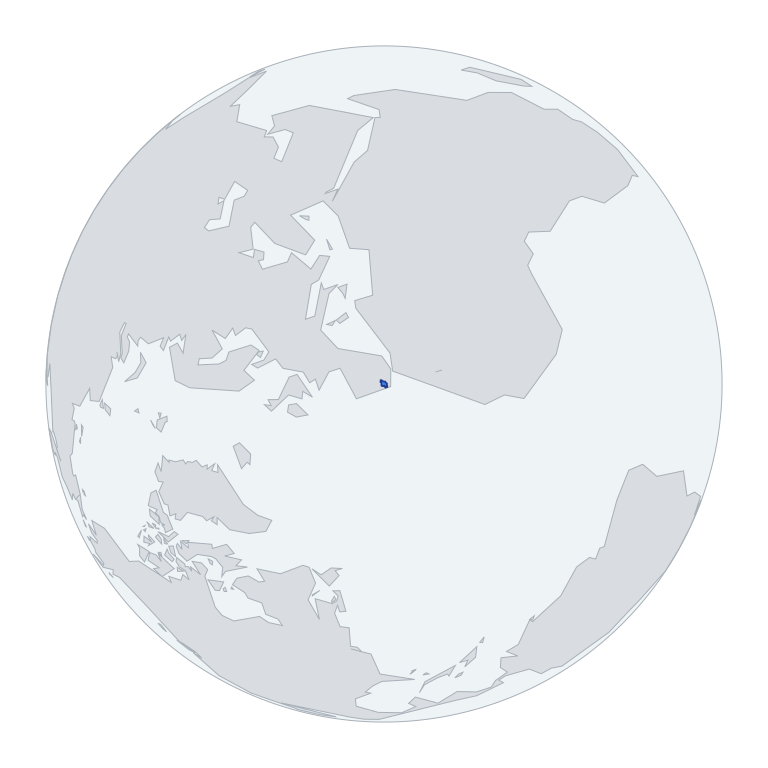 the Earth from above Beja, rotated 253°
{"feature_id": "PRT-743", "entity_name": "Beja", "entity_type": "District", "adm_level": 1, "iso_a3": "PRT", "parent_name": "Portugal", "parent_adm1": "", "projection": "orthographic", "projection_center": [-7.969, 37.829], "detail": "fine", "context": "on_globe", "style": "filled", "palette": "blue", "viewbox_px": 768, "rotation_deg": 253, "n_neighbors": 0, "source": "natural_earth", "source_scale": "10m", "svg_char_len": 11345}
<svg xmlns="http://www.w3.org/2000/svg" viewBox="0 0 768 768"><g transform="rotate(253 384 384)"><circle cx="384" cy="384" r="338" fill="#eef3f6" stroke="#a8b0b8"/><path d="M123.1,598.7L102.7,565.2L95.4,551.9L80.8,526.5L62.2,471.8L63.3,461.0L61.0,449.6L68.9,439.6L69.4,414.8L67.3,407.2L63.5,410.9L58.8,381.5L60.6,359.3L64.7,281.3L69.1,267.4L75.5,253.9L109.1,192.4L79.6,241.1L86.5,226.1L98.1,205.9L99.0,205.6L116.7,181.0L127.3,166.7L153.3,141.0L182.8,123.0L174.9,129.7L182.9,125.4L193.3,117.0L198.2,112.7L239.8,92.8L276.4,74.5L281.5,69.2L285.5,70.8L290.8,61.9L306.6,56.1L292.7,62.7L294.3,63.6L307.0,59.2L311.4,59.3L320.0,57.5L324.1,58.3L315.7,63.1L318.2,64.0L327.0,60.9L336.7,60.5L323.4,64.7L338.9,64.7L327.7,74.5L288.8,88.5L286.4,97.6L256.4,122.5L262.9,122.0L255.7,132.4L260.6,135.9L253.6,140.4L263.5,139.5L269.0,134.9L275.1,133.2L278.5,135.1L270.2,140.8L267.3,140.6L266.6,143.4L261.1,145.5L265.7,145.6L255.3,152.8L270.5,148.7L266.3,157.1L258.0,161.1L252.6,156.5L220.0,157.3L210.0,161.5L201.3,171.1L198.1,197.0L189.6,203.9L182.7,216.2L190.2,213.9L198.3,203.6L210.5,203.1L219.0,191.4L225.2,189.9L236.4,180.4L241.3,186.6L240.1,198.1L231.1,206.6L230.3,212.2L244.4,208.5L232.8,229.6L234.3,253.4L230.6,258.8L213.6,260.3L199.8,248.3L177.7,253.4L198.8,255.4L189.1,270.3L190.3,275.4L194.8,278.1L201.1,274.7L199.2,281.4L177.7,281.1L179.1,275.0L185.9,274.9L179.3,269.7L164.8,271.1L161.0,279.4L143.0,275.3L140.1,281.4L134.5,284.5L140.4,274.7L129.5,292.6L107.8,295.4L92.5,327.0L100.2,295.0L98.5,284.8L94.9,276.0L92.2,280.9L91.3,264.6L84.0,263.2L71.7,282.4L64.4,304.9L66.3,320.1L71.4,314.2L75.4,322.5L63.0,342.3L68.5,364.0L62.5,382.4L62.8,397.9L67.8,403.9L72.4,417.8L78.9,412.4L88.0,415.9L84.8,432.5L92.4,423.0L95.7,436.3L115.7,454.3L113.3,456.7L129.7,491.0L152.7,514.7L158.0,529.8L154.7,535.2L163.9,542.3L164.1,547.1L205.1,572.9L229.9,592.8L231.6,607.9L215.9,617.9L213.4,645.0L188.3,641.0L189.8,649.5L184.0,653.9L167.7,642.4L180.6,653.4L178.3,652.1L177.7,651.7L158.2,635.4L140.0,617.7L123.1,598.7ZM87.3,336.1L94.0,369.9L85.7,360.7L88.1,360.1L87.4,349.3L84.5,334.6L78.5,327.7L87.3,336.1ZM100.3,328.4L98.8,323.9L100.9,327.1L100.3,328.4ZM199.7,110.9L193.0,116.9L182.0,124.9L187.0,119.7L199.7,110.9ZM221.3,97.9L219.4,100.2L210.6,103.6L214.4,101.1L221.3,97.9ZM284.2,65.8L278.0,68.6L282.5,66.0L284.2,65.8ZM320.5,57.1L320.9,56.5L325.2,55.9L320.5,57.1ZM232.9,177.7L234.5,179.0L231.6,180.1L232.9,177.7ZM236.1,172.6L231.5,172.9L232.3,170.5L235.2,170.3L236.1,172.6ZM335.4,56.9L342.3,56.6L333.9,57.7L335.4,56.9ZM241.6,172.8L234.5,166.3L236.1,162.3L248.2,158.5L241.6,172.8ZM345.3,57.0L361.9,57.1L364.2,55.3L367.2,61.2L352.0,58.7L341.3,60.0L346.6,58.2L345.3,57.0ZM269.2,132.7L263.6,137.6L265.2,131.8L269.2,132.7ZM268.7,129.4L264.8,115.5L274.8,109.7L274.0,115.2L284.5,106.8L291.3,110.7L287.1,116.2L279.3,119.1L287.9,118.5L268.7,129.4ZM366.2,64.8L368.9,65.9L364.4,65.8L366.2,64.8ZM277.7,132.1L276.0,129.5L284.6,124.2L289.5,128.3L285.1,128.7L277.7,132.1ZM283.9,103.0L291.1,100.1L298.6,102.3L302.5,101.6L292.4,110.4L283.9,103.0ZM284.9,130.9L291.8,130.7L290.8,135.1L279.9,134.3L284.9,130.9ZM284.7,121.2L289.0,118.9L288.2,121.5L284.7,121.2ZM291.3,151.6L289.1,148.2L293.3,145.0L291.3,151.6ZM294.4,130.3L294.7,128.9L296.1,127.4L300.4,128.2L294.4,130.3ZM298.4,111.6L300.0,113.3L302.9,108.1L308.6,110.0L300.8,115.6L306.6,114.0L308.4,114.6L300.0,118.6L298.4,111.6ZM308.9,124.8L301.0,133.3L304.2,140.2L300.5,143.1L296.0,131.6L308.9,124.8ZM304.4,120.7L306.4,123.8L300.8,125.6L296.0,124.6L304.4,120.7ZM315.3,109.4L308.5,105.0L310.4,104.0L315.3,109.4ZM311.0,126.3L312.8,124.3L311.8,126.6L311.0,126.3ZM315.2,114.1L312.6,112.5L314.8,111.4L315.2,114.1ZM318.8,121.7L316.2,124.3L312.9,123.6L318.8,121.7ZM318.0,117.9L321.8,116.7L313.2,121.7L316.5,117.3L318.0,117.9ZM317.8,113.2L318.3,112.1L318.6,114.1L317.8,113.2ZM332.9,123.2L322.9,129.8L315.5,128.0L326.3,121.8L332.9,123.2ZM439.8,50.7L435.4,51.6L404.5,52.4L418.3,51.9L419.2,53.2L426.7,54.0L436.1,54.0L434.6,53.2L470.5,62.6L501.2,70.4L489.2,64.9L489.5,63.8L510.9,70.8L537.7,83.1L563.4,97.6L587.7,114.4L580.6,109.3L595.8,120.9L598.3,122.7L617.1,139.3L634.6,157.3L650.7,176.5L665.4,196.8L678.5,218.2L689.9,240.5L699.7,263.6L701.5,268.3L697.6,258.7L691.4,249.6L697.2,269.6L708.8,316.8L716.2,343.7L717.6,363.1L705.3,339.9L694.5,318.3L693.3,327.7L677.9,319.9L660.7,345.9L655.3,341.7L652.7,350.1L641.4,352.3L632.0,344.7L626.5,351.2L650.7,370.7L656.3,363.8L656.8,345.8L662.8,354.8L673.4,355.2L672.2,394.1L641.9,451.6L634.1,432.9L585.9,393.1L584.6,385.4L584.2,384.7L583.3,383.5L583.9,396.8L573.9,388.1L604.9,420.3L612.2,436.6L641.5,453.3L640.0,458.3L647.9,459.5L667.5,432.6L668.7,439.6L662.4,480.8L631.0,546.2L632.4,568.9L625.5,591.1L599.9,617.5L596.0,630.5L581.9,641.7L577.0,649.4L562.2,661.8L539.7,676.0L508.1,687.5L510.9,682.4L502.4,675.2L492.6,647.6L505.7,628.1L504.9,614.8L481.5,587.6L487.0,566.8L479.5,559.9L464.8,564.8L455.5,556.1L446.1,557.4L384.0,570.4L362.1,557.4L329.2,513.7L338.3,496.0L334.9,474.5L393.8,396.1L411.9,398.8L464.7,379.2L472.3,380.4L472.2,399.1L516.8,408.9L523.9,390.8L558.1,389.3L576.9,379.3L572.8,344.0L541.8,359.8L530.4,346.8L550.3,320.7L576.4,307.7L572.8,302.3L551.2,298.3L552.0,283.7L543.1,296.0L550.6,299.6L545.2,307.8L538.1,305.1L538.6,299.8L529.3,301.3L529.0,327.4L536.6,333.9L515.3,347.7L525.8,360.1L521.9,369.4L502.6,352.0L500.5,343.6L468.9,327.8L469.2,337.7L499.0,353.6L492.0,354.0L492.6,368.9L486.7,357.9L454.1,339.2L431.4,350.3L411.5,390.0L396.4,394.9L379.6,389.6L377.9,353.3L411.9,346.6L411.7,334.9L397.1,320.1L408.7,319.8L406.9,313.3L419.0,310.3L428.5,292.0L439.7,287.7L436.2,267.8L441.4,263.2L442.0,276.1L448.4,283.3L475.2,273.7L478.2,268.1L473.8,256.2L481.7,255.7L473.9,245.5L485.8,235.4L464.9,239.6L459.1,227.1L462.2,214.7L456.6,211.7L451.4,232.1L452.7,239.8L459.9,245.0L460.2,268.2L452.6,274.4L438.0,254.0L425.5,261.2L419.6,243.3L437.2,197.1L448.3,185.3L481.8,189.6L483.5,198.4L472.2,200.9L489.3,209.0L484.7,203.3L491.3,203.2L487.4,192.4L491.9,191.9L480.5,182.8L485.6,181.0L492.7,186.8L491.3,170.5L499.9,164.9L497.4,161.6L492.3,159.6L506.6,154.4L504.1,152.3L498.5,153.0L489.9,149.4L480.4,141.4L485.9,140.0L490.0,142.7L507.0,146.9L517.3,155.1L518.6,153.8L510.9,146.5L490.2,141.2L482.9,136.8L492.6,138.0L488.5,137.2L486.6,134.7L489.8,131.1L479.1,129.4L450.6,106.5L454.0,98.3L465.8,101.2L451.7,86.6L456.6,80.3L451.4,80.7L441.1,75.2L439.4,77.0L436.2,76.9L409.0,65.7L406.8,62.7L389.3,60.1L386.6,60.6L387.2,62.5L367.2,61.2L364.2,55.3L370.4,54.4L364.3,52.1L379.4,50.7L389.0,49.2L409.0,50.3L414.9,49.6L411.8,48.9L417.5,48.2L438.8,50.6L439.8,50.7ZM380.4,436.8L380.4,443.6L380.4,436.8ZM609.0,310.3L621.4,300.4L607.2,285.6L610.8,280.8L604.7,277.9L606.1,284.6L589.8,275.6L592.1,265.1L586.1,258.0L581.7,261.0L580.2,281.9L603.6,294.5L604.4,305.1L609.0,310.3ZM116.4,454.7L118.4,460.0L114.9,457.2L116.4,454.7ZM82.3,365.9L84.8,370.5L85.3,375.2L83.0,372.8L82.3,365.9ZM109.0,400.0L112.9,405.9L107.8,402.7L109.0,400.0ZM95.5,374.8L105.7,396.0L95.9,391.7L89.9,378.5L95.4,383.5L95.5,374.8ZM94.4,336.1L95.5,339.9L93.6,342.2L94.4,336.1ZM101.8,330.9L101.0,330.1L101.5,326.3L101.8,330.9ZM190.4,270.3L192.0,270.6L195.5,274.4L191.8,274.9L190.4,270.3ZM223.5,279.7L219.7,290.3L219.8,282.7L213.9,285.0L206.8,272.6L228.4,261.0L219.9,268.1L223.5,279.7ZM203.3,253.8L205.4,262.3L202.3,253.5L203.3,253.8ZM385.3,283.5L391.9,286.7L390.8,294.6L376.7,302.2L378.0,290.5L385.3,283.5ZM401.4,289.5L390.9,268.4L399.2,263.6L396.3,269.7L402.9,268.6L400.0,278.4L418.3,295.3L418.6,303.6L392.3,311.7L400.7,304.2L393.8,301.2L401.4,289.5ZM349.2,230.2L344.7,223.0L368.6,221.6L370.0,228.6L356.0,236.0L346.1,232.2L349.2,230.2ZM264.5,168.3L261.2,167.0L263.5,165.2L268.1,164.8L264.5,168.3ZM289.9,150.3L281.1,172.4L276.9,171.9L276.7,186.6L265.7,191.2L266.1,181.3L257.5,196.3L253.5,189.3L248.9,199.9L251.1,177.6L247.2,172.5L255.8,176.2L266.0,172.0L269.3,168.7L275.6,155.8L272.2,143.8L281.8,138.4L289.6,137.8L291.9,139.8L284.9,142.5L293.0,143.4L284.6,149.0L289.9,150.3ZM374.5,144.8L365.4,145.3L380.2,151.5L371.9,155.6L374.2,156.1L370.6,161.8L370.1,169.8L365.5,170.9L367.3,173.6L365.0,177.8L365.9,182.0L357.9,185.7L358.4,191.3L354.3,189.9L357.3,198.8L351.5,193.9L347.9,199.4L355.5,201.2L309.9,214.3L295.4,224.9L286.4,236.8L277.6,227.9L280.4,211.5L289.8,193.8L305.1,185.4L298.3,183.3L303.6,178.9L306.7,182.4L305.1,174.4L310.3,171.8L318.7,158.5L313.1,149.5L316.1,144.8L320.8,147.0L320.4,140.8L331.4,142.0L333.7,138.8L346.9,137.2L354.8,144.1L356.8,140.0L367.0,139.2L374.5,144.8ZM336.6,123.0L348.0,129.3L349.0,135.0L325.6,135.5L321.9,138.3L307.0,139.6L305.8,131.6L310.2,131.9L314.2,130.4L313.0,133.4L316.9,129.8L323.1,130.2L327.8,127.7L330.2,130.3L336.6,123.0ZM477.3,371.9L482.5,371.2L489.8,368.1L490.3,377.8L477.3,371.9ZM454.9,359.4L459.1,357.1L463.4,368.5L458.0,369.5L454.9,359.4ZM457.7,346.6L459.0,356.1L455.1,351.6L457.7,346.6ZM445.5,273.6L449.5,270.8L451.3,273.3L450.8,278.1L445.5,273.6ZM416.7,167.0L411.3,165.6L411.6,163.8L403.2,156.8L408.6,153.6L415.9,156.6L416.7,167.0ZM569.6,352.4L566.4,361.4L562.5,360.0L564.4,357.1L569.6,352.4ZM528.1,371.5L539.3,371.4L528.1,374.1L528.1,371.5ZM421.2,162.3L417.1,159.7L422.4,159.8L421.2,162.3ZM412.2,151.0L417.8,150.3L408.3,152.4L412.2,151.0ZM661.8,558.7L635.2,604.2L625.4,612.4L628.2,604.5L641.1,579.9L654.1,564.3L661.7,549.6L661.8,558.7ZM716.8,345.2L719.8,355.3L719.9,362.3L716.8,345.2ZM462.1,136.6L467.8,149.4L475.5,157.7L485.5,160.4L473.8,162.7L461.9,149.8L462.1,136.6ZM451.5,110.0L442.7,108.6L444.7,106.2L447.0,106.2L451.5,110.0ZM447.4,111.3L440.0,115.4L433.9,112.6L441.0,109.9L447.4,111.3ZM431.1,137.6L432.3,141.5L428.0,141.2L431.1,137.6ZM497.5,65.7L486.0,63.1L480.6,61.9L486.0,61.8L490.3,63.3L493.9,64.4L497.5,65.7ZM371.2,64.8L369.1,65.8L368.6,64.5L371.2,64.8ZM435.5,78.1L430.9,77.7L430.5,75.8L435.5,78.1ZM418.1,76.0L421.8,78.3L415.6,76.4L418.1,76.0ZM430.5,83.6L422.2,79.5L433.4,82.7L430.5,83.6Z" fill="#d9dde1" stroke="#a8b0b8" stroke-width="1"/><path d="M388.7,381.8L388.7,382.0L388.6,382.3L388.5,382.6L388.4,382.7L388.4,382.8L388.0,382.7L387.9,382.7L387.9,382.8L387.8,383.0L387.7,383.0L387.4,383.0L387.2,383.1L387.3,383.2L387.3,383.3L387.2,383.4L387.1,383.7L387.1,383.9L387.0,384.1L386.5,384.5L386.4,384.6L386.4,384.8L386.3,385.0L386.2,385.3L386.1,385.5L386.1,385.8L385.9,385.8L385.7,385.9L385.6,386.0L385.5,385.9L385.2,385.9L384.9,386.1L384.7,386.2L384.5,386.3L384.4,386.4L384.3,386.5L384.2,386.5L383.9,386.5L383.9,386.8L383.7,386.8L383.5,387.0L383.3,386.9L383.2,386.9L382.7,386.7L382.6,386.4L382.4,386.3L382.2,386.4L381.9,386.4L381.9,386.5L381.7,386.7L381.4,386.6L381.2,386.5L380.9,386.5L380.7,386.5L380.4,386.5L380.4,386.4L380.2,386.3L380.1,386.2L380.1,385.7L380.0,385.4L380.1,385.1L380.1,384.9L380.2,384.7L380.3,384.7L380.2,384.6L380.1,384.2L380.3,384.1L380.5,384.1L380.6,384.3L380.8,384.3L381.0,384.4L381.2,384.1L381.3,384.0L381.3,383.9L381.8,383.8L382.0,383.8L382.3,383.9L382.4,383.7L382.5,383.5L382.5,383.3L382.5,383.1L382.4,383.0L382.4,382.9L382.2,382.8L382.1,382.7L382.0,382.4L382.2,382.2L382.3,382.1L382.5,382.2L382.6,381.9L382.8,381.9L383.0,381.8L383.1,381.7L383.3,381.6L383.2,381.4L383.1,381.1L383.5,381.1L383.8,381.2L384.0,381.1L384.3,381.3L384.7,381.5L384.9,381.5L385.0,381.6L385.3,381.7L385.4,381.8L385.7,381.8L385.8,381.8L386.1,381.8L386.2,381.7L386.3,381.6L386.5,381.5L386.5,381.4L386.6,381.2L386.8,381.2L387.0,381.1L387.3,381.2L387.3,381.3L387.5,381.5L387.6,381.8L387.8,381.9L388.0,382.0L388.2,381.9L388.3,381.9L388.5,381.8L388.7,381.8Z" fill="#3b82f6" stroke="#1e3a8a" stroke-width="1.5"/></g></svg>